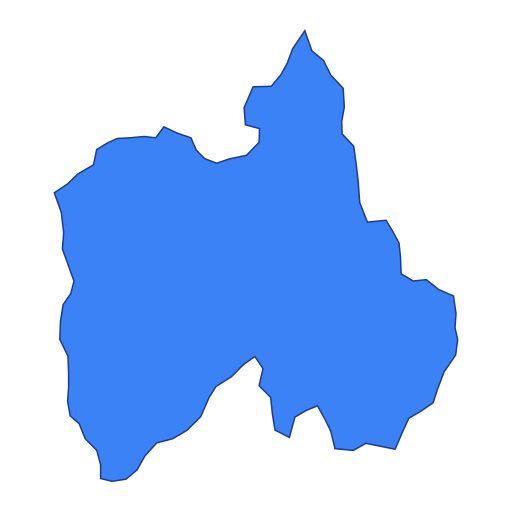 Barroso, Minas Gerais, Brazil (Natural Earth projection)
{"feature_id": "56859067B65889724989346", "entity_name": "Barroso", "entity_type": "district", "adm_level": 2, "iso_a3": "BRA", "parent_name": "Brazil", "parent_adm1": "Minas Gerais", "projection": "natural_earth1", "projection_center": [-43.957, -21.177], "detail": "fine", "context": "isolated", "style": "filled", "palette": "blue", "viewbox_px": 512, "rotation_deg": 0, "n_neighbors": 0, "source": "geoboundaries", "source_scale": "gbopen_adm2", "svg_char_len": 1395}
<svg xmlns="http://www.w3.org/2000/svg" viewBox="0 0 512 512"><path d="M304.8,30.7L292.6,48.8L287.2,63.3L281.2,74.3L271.3,86.3L253.1,86.8L244.1,107.7L245.4,124.8L259.5,128.6L259.1,142.3L246.5,155.3L229.3,158.9L216.6,163.2L204.6,158.6L196.3,150.2L190.9,137.8L176.1,132.7L163.9,126.8L155.7,137.8L144.1,136.5L130.2,137.8L117.1,138.5L107.2,143.1L96.7,149.5L93.5,164.8L77.9,173.9L68.0,183.6L54.3,192.8L61.3,212.4L63.7,232.8L62.4,248.9L67.6,263.4L74.0,281.2L70.8,293.5L63.1,304.7L60.5,321.0L59.8,339.3L68.0,356.2L68.6,373.2L68.6,387.5L67.6,401.3L70.2,415.8L79.2,423.7L85.2,438.7L96.8,450.4L100.6,464.7L100.6,478.5L112.0,481.3L125.9,479.2L136.9,470.1L145.0,455.8L156.8,442.8L172.7,438.7L187.0,430.3L200.8,416.5L209.1,397.4L216.0,386.5L231.7,376.5L243.2,364.8L254.8,356.4L263.0,368.6L259.1,385.7L270.7,397.4L272.4,414.0L275.0,430.1L289.4,437.4L294.9,417.1L306.3,410.4L317.5,405.8L325.2,419.6L330.8,431.3L335.0,448.7L353.3,450.4L365.9,443.3L378.6,445.9L395.1,449.2L402.8,431.3L408.8,418.3L420.8,411.2L433.1,402.8L437.4,389.5L444.0,372.0L455.6,355.1L457.7,339.8L455.0,327.6L456.0,313.6L453.5,296.0L438.7,289.6L426.4,279.7L413.1,281.0L401.1,273.8L400.5,257.0L399.0,243.0L392.8,231.5L386.1,220.3L367.4,222.1L359.7,202.5L358.2,181.6L356.1,163.5L353.7,146.2L342.1,133.9L341.7,121.4L344.3,107.2L343.2,88.3L330.8,75.1L323.5,60.5L311.9,50.9L304.8,30.7Z" fill="#3b82f6" stroke="#1e3a8a" stroke-width="1.5"/></svg>